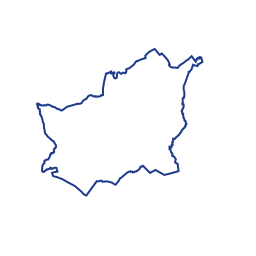 Tepetitlán, Hidalgo, Mexico, rotated 245°
{"feature_id": "50627088B38854770876072", "entity_name": "Tepetitlán", "entity_type": "district", "adm_level": 2, "iso_a3": "MEX", "parent_name": "Mexico", "parent_adm1": "Hidalgo", "projection": "natural_earth1", "projection_center": [-99.392, 20.189], "detail": "fine", "context": "isolated", "style": "outline", "palette": "blue", "viewbox_px": 256, "rotation_deg": 245, "n_neighbors": 0, "source": "geoboundaries", "source_scale": "gbopen_adm2", "svg_char_len": 5810}
<svg xmlns="http://www.w3.org/2000/svg" viewBox="0 0 256 256"><g transform="rotate(245 128 128)"><path d="M188.5,56.1L188.4,56.1L187.8,55.6L187.3,55.5L186.7,55.6L186.3,56.0L186.0,56.0L185.6,55.4L185.1,55.3L184.6,54.8L184.3,54.9L183.9,55.1L183.6,55.0L183.2,55.4L182.5,55.6L182.3,55.9L181.1,55.4L180.1,55.3L179.9,55.0L179.3,55.0L178.7,54.3L178.3,54.2L177.3,54.3L176.9,54.1L176.2,54.5L175.9,54.2L175.2,54.2L174.8,54.4L174.2,54.4L169.7,53.5L169.0,53.3L166.9,53.4L164.7,52.3L158.4,50.7L157.6,50.8L156.7,51.0L155.9,51.4L154.2,51.6L153.4,51.9L150.4,53.4L149.4,53.5L148.9,54.1L148.0,54.3L147.5,54.5L147.0,55.2L145.6,55.0L142.9,55.4L142.3,55.2L142.0,55.0L141.4,55.0L140.8,54.1L140.8,53.6L140.6,53.5L140.4,53.5L140.1,52.0L139.5,51.9L138.6,51.0L137.7,51.1L137.4,50.8L137.2,50.5L136.9,49.1L137.1,48.8L137.5,48.7L137.7,48.2L137.7,47.7L137.5,47.3L137.0,47.0L136.5,45.9L136.1,45.9L136.0,46.0L135.2,44.9L134.4,44.3L134.3,43.7L133.9,43.2L133.2,42.5L133.8,40.6L133.5,39.7L133.5,39.3L133.7,39.1L133.7,38.9L133.3,38.1L132.9,37.9L132.6,38.0L132.4,37.9L131.2,37.1L131.0,35.7L130.9,35.5L129.5,34.2L125.4,31.9L124.0,32.6L123.8,33.0L123.7,33.2L124.0,33.8L124.3,34.8L124.3,36.0L124.6,36.1L124.8,36.4L124.9,36.7L124.9,36.9L124.5,37.6L124.3,38.2L124.4,38.6L124.1,39.1L124.0,39.7L124.1,40.0L124.5,40.5L124.4,41.0L124.5,41.0L124.1,41.6L123.8,41.7L123.5,41.5L123.1,41.6L123.0,42.8L123.1,43.7L122.9,45.0L122.7,45.5L122.0,46.3L120.7,45.9L118.3,45.6L119.1,42.6L119.5,40.2L116.3,39.8L115.2,40.7L113.5,43.0L112.1,44.2L109.9,46.4L107.6,48.2L104.9,50.0L97.9,55.3L91.3,58.3L90.3,58.8L86.9,59.8L85.5,60.7L85.1,61.2L84.4,61.7L93.0,77.2L92.7,77.5L92.2,78.3L91.9,80.5L91.6,81.7L91.4,81.9L90.3,82.0L90.0,82.3L89.4,84.1L88.4,86.6L85.1,90.6L83.0,91.7L82.2,92.3L81.9,92.7L81.9,92.9L84.1,97.3L85.7,99.4L85.9,101.2L86.5,103.1L86.7,104.0L87.6,107.3L88.1,109.6L87.8,111.6L87.2,111.6L87.2,112.2L86.6,113.6L86.4,113.7L85.8,113.7L85.9,114.2L85.7,114.5L85.4,114.8L85.5,115.5L85.1,117.1L85.4,117.5L85.3,118.4L85.5,119.1L85.6,120.1L86.0,121.0L87.1,122.6L87.6,123.1L87.1,123.9L87.1,124.2L87.4,124.6L87.6,125.3L87.4,125.6L78.0,129.0L78.4,135.1L70.1,141.1L68.9,147.1L67.5,155.5L69.0,156.1L74.6,157.8L75.7,157.0L76.2,156.4L76.6,156.3L77.6,156.4L78.1,157.0L79.0,157.6L79.2,158.0L79.4,158.1L79.9,158.1L80.4,157.9L82.6,157.7L82.9,157.5L83.6,156.5L84.0,156.3L84.6,156.4L85.3,157.2L85.9,157.4L87.4,157.0L87.6,156.8L88.1,157.0L89.7,157.0L91.4,157.8L91.6,156.8L93.6,157.8L92.4,159.5L94.2,160.5L93.9,161.4L96.1,161.8L96.3,162.5L96.5,162.4L96.8,162.7L96.9,162.9L98.1,163.8L99.3,164.5L98.3,165.5L98.8,166.9L99.3,167.6L99.3,168.2L99.6,169.1L99.7,169.7L100.0,170.0L100.0,170.4L100.3,170.7L100.2,171.5L100.9,172.5L101.6,173.1L101.7,173.4L101.6,173.7L102.0,174.8L102.9,175.3L103.4,176.2L103.4,176.7L103.5,177.0L103.9,177.2L103.9,177.7L104.2,178.1L104.3,179.0L104.4,179.6L104.8,180.1L105.2,180.1L105.5,181.0L106.4,181.3L106.4,182.0L106.6,182.4L107.1,182.7L107.5,182.5L108.1,182.6L109.5,183.0L110.3,182.6L110.5,182.8L110.9,182.4L111.8,182.7L112.5,182.7L112.9,182.9L113.0,182.9L113.3,182.6L114.2,182.7L114.5,182.8L114.8,183.1L117.1,183.3L117.5,184.0L118.5,183.4L118.9,183.8L119.3,184.0L120.0,183.7L120.5,183.7L120.9,183.9L121.1,184.4L121.9,185.1L122.2,185.9L122.6,186.0L122.9,186.8L123.8,187.5L124.8,187.6L125.3,188.2L126.0,188.3L126.5,187.9L126.6,187.4L127.0,187.5L127.0,188.1L129.5,189.0L131.7,190.0L131.5,191.2L131.7,191.3L132.0,191.2L132.2,191.3L132.6,191.7L132.8,192.4L132.9,192.5L135.8,193.8L138.2,194.6L140.0,194.9L142.6,196.3L144.5,198.6L152.5,206.4L152.8,207.0L153.2,207.0L153.0,207.8L153.8,209.3L153.9,209.5L154.0,210.0L157.8,213.7L157.3,214.0L154.8,217.1L156.3,218.7L155.9,219.1L156.0,219.5L156.4,223.3L157.1,223.5L158.4,223.6L159.6,224.0L160.2,224.0L160.9,224.1L161.5,223.7L161.7,223.2L161.3,222.8L161.6,222.7L161.3,222.3L161.7,222.1L161.4,221.7L161.5,221.7L161.3,221.3L161.9,220.9L161.5,220.0L161.7,219.8L161.4,219.3L161.2,219.6L159.5,217.4L166.2,216.0L165.1,212.9L164.7,211.3L164.5,210.5L164.6,209.6L164.2,208.4L163.5,205.6L163.1,202.0L162.5,200.2L161.9,199.2L161.5,198.7L161.6,198.1L163.4,195.3L163.9,194.0L164.4,193.3L166.0,192.1L167.6,191.7L167.8,191.8L167.9,192.0L168.0,192.7L172.6,192.8L176.7,191.7L181.3,190.1L180.8,187.6L188.4,185.6L188.2,181.2L187.8,178.5L186.8,175.6L186.1,174.1L184.0,173.5L184.7,168.2L184.6,164.4L185.0,164.1L184.8,163.7L184.9,163.4L184.9,163.2L182.9,160.1L182.7,158.7L181.7,154.8L181.9,151.1L179.7,150.3L178.7,148.7L178.9,148.3L179.7,147.7L180.2,147.0L180.3,146.3L179.9,145.2L179.9,144.9L180.1,144.6L180.5,144.2L181.9,143.7L182.3,143.4L182.5,143.0L182.6,142.5L182.4,141.8L181.9,141.2L181.1,140.5L179.2,139.6L178.7,139.5L178.5,139.2L178.3,138.4L178.3,137.5L178.4,137.2L178.7,136.9L179.6,136.7L181.8,136.9L182.6,137.2L182.9,137.5L183.5,138.9L183.7,139.1L184.0,139.2L184.5,138.5L184.6,138.0L184.3,136.9L184.3,136.0L184.4,135.8L184.6,135.6L185.0,135.5L186.3,136.4L186.3,135.7L186.1,135.3L186.3,134.1L186.3,133.6L186.2,133.3L186.0,133.1L186.0,132.6L186.6,132.0L186.6,131.1L180.3,126.1L174.0,121.8L168.4,119.3L168.6,118.3L169.1,117.7L169.1,117.3L168.6,116.9L168.5,116.6L168.5,116.1L169.1,114.5L169.3,113.4L170.0,112.8L169.9,112.2L170.0,111.9L170.6,111.8L171.0,110.4L171.5,110.1L171.7,109.6L172.5,109.3L172.7,108.9L173.2,108.7L173.3,108.5L173.8,106.5L173.5,104.9L172.5,103.6L171.9,101.8L172.1,100.0L171.9,99.3L170.4,96.8L170.2,96.1L170.2,95.0L170.7,93.7L170.7,93.3L170.8,93.0L171.2,92.8L171.4,92.3L171.5,91.0L173.0,81.6L171.8,75.4L172.5,74.5L173.9,73.8L174.4,73.2L175.0,72.2L177.8,70.3L179.2,68.8L179.3,68.4L179.6,68.1L180.3,68.0L180.6,67.8L181.5,67.0L182.7,65.7L183.2,65.2L183.3,64.5L183.1,63.3L184.1,61.7L184.0,61.3L184.1,61.1L184.1,60.6L184.2,60.4L184.6,60.1L184.9,59.5L185.4,58.9L185.4,58.6L185.6,58.4L186.3,58.1L186.6,57.8L187.0,57.7L187.6,57.1L187.8,57.1L188.0,56.6L188.5,56.2L188.5,56.1Z" fill="none" stroke="#1e3a8a" stroke-width="2"/></g></svg>